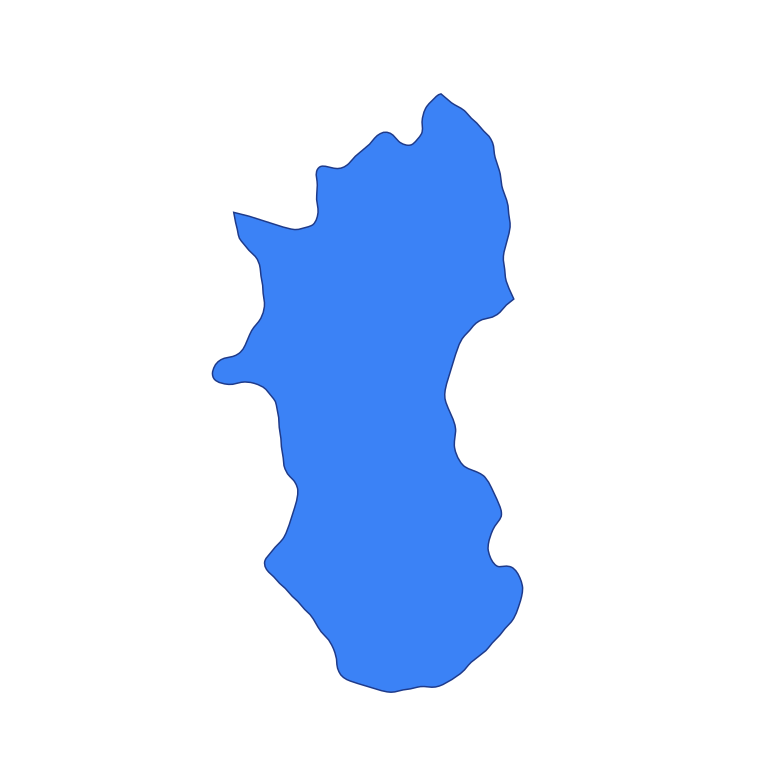 Sabana Larga, San José de Ocoa, Dominican Republic, rotated 17°
{"feature_id": "3306468B82901312279704", "entity_name": "Sabana Larga", "entity_type": "district", "adm_level": 2, "iso_a3": "DOM", "parent_name": "Dominican Republic", "parent_adm1": "San José de Ocoa", "projection": "natural_earth1", "projection_center": [-70.54, 18.642], "detail": "fine", "context": "isolated", "style": "filled", "palette": "blue", "viewbox_px": 768, "rotation_deg": 17, "n_neighbors": 0, "source": "geoboundaries", "source_scale": "gbopen_adm2", "svg_char_len": 3762}
<svg xmlns="http://www.w3.org/2000/svg" viewBox="0 0 768 768"><g transform="rotate(17 384 384)"><path d="M190.1,263.8L194.8,272.8L198.6,279.2L201.1,284.0L203.1,286.9L205.7,289.0L215.7,295.6L223.7,299.7L226.5,301.9L230.0,306.2L231.8,309.6L234.8,316.7L239.1,325.1L241.9,332.6L245.9,341.1L247.0,344.9L247.6,351.0L247.0,357.2L245.9,361.0L243.0,367.8L241.8,371.7L241.1,376.1L239.9,387.4L239.0,391.8L237.4,395.5L236.4,397.1L234.0,399.8L231.3,401.9L223.7,406.1L221.0,408.4L218.8,411.2L217.2,414.7L216.5,418.6L216.5,422.4L216.9,424.3L217.7,426.1L218.8,427.7L220.4,429.1L222.1,429.9L225.8,430.7L231.6,430.5L235.6,429.8L239.4,428.5L247.0,424.1L250.4,422.7L256.0,421.5L259.8,421.3L263.6,421.4L269.2,422.3L272.7,423.7L282.7,430.4L285.3,432.6L287.2,435.6L293.1,446.9L296.5,456.1L301.4,466.4L304.2,473.9L309.2,484.1L312.2,491.3L314.3,494.3L318.0,498.1L321.0,500.0L325.6,502.5L327.0,503.5L329.6,506.0L331.8,509.0L332.6,510.7L333.8,514.9L334.6,521.4L334.7,528.2L334.5,546.5L333.9,555.5L333.1,559.9L332.5,561.9L331.0,565.4L327.6,572.0L322.2,585.2L321.9,586.8L321.8,588.5L322.1,590.2L323.6,593.3L325.9,595.7L328.7,597.6L334.9,600.6L342.5,605.2L349.3,608.3L358.4,613.9L365.1,617.1L374.1,622.8L380.7,626.1L385.1,629.4L392.0,635.8L396.3,639.3L405.9,644.9L410.4,649.0L413.2,652.1L415.7,655.4L418.9,660.7L421.0,666.1L422.7,669.4L425.0,672.3L427.7,674.8L431.0,676.5L434.7,677.5L438.6,677.9L446.6,678.1L471.1,678.0L477.0,677.5L480.8,676.7L484.3,675.3L491.8,670.9L498.4,667.8L504.5,664.2L507.6,662.6L511.1,661.5L518.3,660.0L521.8,658.7L525.1,656.7L528.2,654.2L535.3,646.8L541.7,638.7L544.6,633.8L546.9,628.2L548.7,624.6L559.3,609.3L561.0,605.6L563.2,600.1L568.3,590.1L571.2,582.6L575.3,574.2L576.5,570.4L577.5,564.2L577.8,557.7L577.9,551.2L577.7,546.9L577.2,542.6L576.2,538.5L575.3,536.5L573.1,532.8L570.5,529.5L567.7,526.5L564.6,524.0L561.2,522.3L559.4,521.9L557.7,521.8L554.4,522.3L547.7,525.0L546.2,525.2L544.6,524.9L543.0,524.3L539.9,522.3L537.1,519.6L534.6,516.4L532.4,512.8L531.5,510.7L530.6,506.6L530.2,502.3L530.3,495.9L530.7,491.7L531.5,487.7L534.3,479.6L534.8,476.3L534.5,474.5L533.9,472.7L533.1,470.9L531.0,467.7L525.7,461.3L517.1,451.8L512.7,447.3L507.8,443.6L506.1,442.7L502.5,441.6L498.7,441.0L489.4,440.3L485.7,439.5L484.0,438.9L480.5,436.8L476.0,432.7L472.1,427.8L470.0,424.1L469.2,422.2L468.1,418.2L466.3,408.2L465.7,406.3L463.9,402.6L460.4,397.6L452.4,388.3L448.6,383.5L446.5,380.0L445.1,376.1L444.3,372.0L443.8,365.6L443.8,334.9L444.3,324.1L445.5,317.9L446.9,314.3L450.2,307.7L452.4,302.3L454.2,299.0L456.5,296.1L459.1,293.7L468.1,288.3L471.9,284.5L473.9,281.5L477.9,272.7L483.3,264.8L475.5,256.0L470.8,249.9L468.9,246.5L465.9,239.1L461.9,230.6L460.8,226.8L460.2,222.7L459.5,203.3L458.7,197.1L457.5,193.2L453.5,184.8L450.5,177.3L447.6,172.4L440.7,163.2L438.7,160.0L433.8,149.3L431.8,146.0L424.1,135.0L422.3,131.7L419.2,124.5L417.2,121.4L414.7,118.7L412.0,116.4L405.5,113.0L396.5,107.4L389.8,104.3L382.2,99.7L380.7,99.0L377.1,97.8L369.8,96.3L366.2,95.3L353.7,89.9L351.6,91.4L349.9,93.7L345.1,102.7L343.7,106.2L343.2,108.2L342.7,112.3L343.0,118.5L343.8,122.4L346.2,128.7L346.8,132.0L346.7,133.7L345.8,137.0L343.2,143.0L341.5,145.9L340.3,147.2L338.8,148.1L337.2,148.7L335.5,149.0L332.1,149.0L328.6,148.3L327.0,147.6L319.9,143.4L316.7,142.4L313.2,142.4L309.9,143.5L307.2,145.7L304.9,148.4L303.1,151.7L300.1,158.9L290.0,174.6L285.9,183.5L284.9,185.1L282.6,187.9L279.8,190.1L276.5,191.6L273.0,192.3L264.5,192.9L261.5,193.6L260.1,194.3L258.9,195.4L258.0,197.0L257.5,198.7L257.4,200.4L258.0,203.8L260.8,209.9L262.1,213.4L264.5,223.3L265.6,227.2L269.6,235.6L270.8,239.3L271.3,243.3L271.2,247.2L270.3,250.8L269.4,252.5L268.2,253.8L265.6,255.8L257.1,261.1L253.6,262.4L249.8,263.0L241.7,263.4L205.9,263.0L190.1,263.8Z" fill="#3b82f6" stroke="#1e3a8a" stroke-width="1.5"/></g></svg>